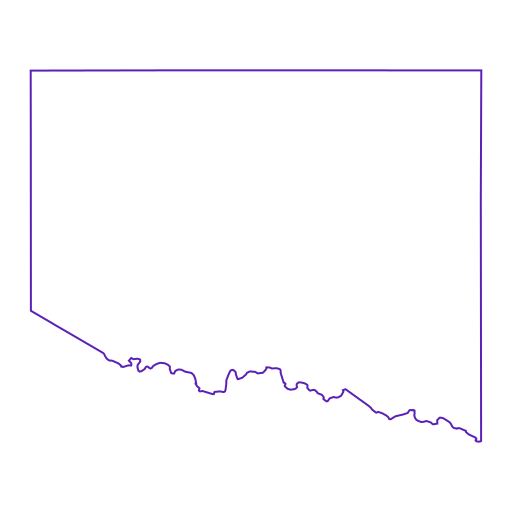 Iron, Michigan, United States of America
{"feature_id": "52423323B77509587550290", "entity_name": "Iron", "entity_type": "district", "adm_level": 2, "iso_a3": "USA", "parent_name": "United States of America", "parent_adm1": "Michigan", "projection": "mercator", "projection_center": [-88.526, 46.17], "detail": "fine", "context": "isolated", "style": "outline", "palette": "violet", "viewbox_px": 512, "rotation_deg": 0, "n_neighbors": 0, "source": "geoboundaries", "source_scale": "gbopen_adm2", "svg_char_len": 2720}
<svg xmlns="http://www.w3.org/2000/svg" viewBox="0 0 512 512"><path d="M30.7,70.6L30.8,135.8L30.9,310.8L52.6,323.5L55.4,325.2L60.8,328.3L103.3,353.1L104.3,354.2L104.7,355.4L106.6,358.5L108.3,359.9L109.7,360.6L111.1,360.5L113.0,361.0L118.6,363.5L120.7,365.3L121.3,366.0L121.2,366.5L123.1,367.0L128.3,365.4L131.1,365.5L131.4,364.6L131.2,363.1L128.9,360.7L131.2,358.0L133.5,359.2L137.3,358.7L139.9,359.4L140.2,359.8L140.2,361.6L137.7,364.9L137.5,366.0L137.5,367.5L138.4,370.7L139.6,371.6L141.5,371.2L144.8,368.9L145.4,367.8L145.6,367.3L145.9,367.0L146.2,366.8L146.7,366.6L147.2,366.6L147.9,366.7L149.8,368.3L150.5,368.5L151.7,368.0L152.9,366.4L153.9,365.5L156.8,363.9L160.1,362.8L164.9,363.3L168.0,364.8L169.9,366.7L169.8,369.2L171.3,373.2L174.0,373.6L175.4,370.9L178.3,369.5L181.4,369.7L185.0,371.6L189.3,372.5L191.5,373.0L193.8,375.2L195.4,379.2L196.1,383.0L195.7,383.0L195.5,383.7L197.5,386.7L199.3,388.0L199.5,388.6L199.1,389.4L198.9,390.5L199.4,391.1L199.9,391.4L200.7,391.3L202.5,391.0L212.9,394.2L213.9,394.0L214.3,392.2L214.7,391.9L219.9,391.4L223.8,392.1L225.0,391.3L225.5,390.0L226.3,383.9L226.3,380.5L228.4,374.9L230.2,371.0L231.5,370.0L233.2,369.9L235.4,371.8L235.7,372.3L235.9,374.4L237.5,378.9L237.9,379.2L242.2,377.8L246.2,374.3L246.9,372.8L250.0,371.4L255.4,371.9L257.6,373.4L262.6,372.8L263.7,372.0L265.8,369.6L266.5,368.2L266.3,367.5L267.1,367.3L270.0,367.6L271.9,368.5L276.2,368.2L278.9,368.8L280.1,369.4L280.6,370.3L280.7,373.1L283.7,382.7L284.4,382.7L285.4,383.7L285.4,384.3L284.7,385.7L285.1,386.6L287.6,388.8L290.6,389.7L294.6,389.1L296.1,388.3L297.1,387.0L296.6,385.5L296.8,383.9L298.8,382.3L301.5,382.5L305.1,383.5L307.3,384.9L307.5,385.9L307.3,387.9L309.4,390.3L310.2,390.6L313.1,389.9L314.8,390.1L316.8,391.8L317.7,393.2L321.8,394.8L323.2,396.4L323.8,397.7L323.4,398.9L324.8,400.2L326.6,401.3L327.6,401.2L329.6,398.5L330.2,398.1L333.8,397.0L335.8,397.6L337.7,397.5L341.0,395.9L343.4,391.8L342.9,390.2L345.5,389.2L369.0,406.1L371.3,408.3L372.2,409.7L376.2,412.7L378.1,411.9L381.9,413.1L386.3,415.5L388.4,417.3L389.2,419.1L390.7,419.2L395.4,416.3L403.1,414.5L407.7,413.0L409.2,410.6L410.1,410.0L412.5,410.3L412.5,410.0L413.0,409.9L414.5,410.5L414.6,413.6L414.3,415.2L414.7,417.0L415.4,418.5L416.4,419.8L417.9,420.8L421.2,422.0L423.9,421.8L426.1,421.0L426.9,421.2L430.6,422.3L432.6,424.1L433.4,424.3L437.3,423.6L437.2,420.2L439.5,417.8L440.2,417.6L442.4,418.0L443.6,418.4L449.6,422.2L450.9,423.9L452.4,426.7L453.7,427.9L456.9,428.7L457.3,428.2L459.6,428.2L465.9,430.9L465.9,431.8L466.2,432.2L468.7,434.4L475.7,437.7L476.4,438.9L475.7,439.9L475.6,440.5L476.2,441.2L478.6,441.7L480.3,441.4L481.1,441.0L480.8,199.7L481.3,70.4L191.4,70.3L30.7,70.6Z" fill="none" stroke="#5b21b6" stroke-width="2"/></svg>